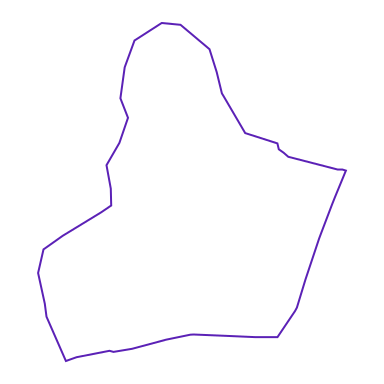 the district of Ngo-ketunjia, Nord-Ouest, Cameroon
{"feature_id": "32672807B14234433619225", "entity_name": "Ngo-ketunjia", "entity_type": "district", "adm_level": 2, "iso_a3": "CMR", "parent_name": "Cameroon", "parent_adm1": "Nord-Ouest", "projection": "natural_earth1", "projection_center": [10.486, 5.994], "detail": "fine", "context": "isolated", "style": "outline", "palette": "violet", "viewbox_px": 384, "rotation_deg": 0, "n_neighbors": 0, "source": "geoboundaries", "source_scale": "gbopen_adm2", "svg_char_len": 685}
<svg xmlns="http://www.w3.org/2000/svg" viewBox="0 0 384 384"><path d="M134.5,40.5L124.7,67.3L120.4,98.3L128.0,117.8L119.4,142.9L106.5,165.2L110.8,188.7L111.2,205.5L101.2,212.3L62.7,235.8L43.5,249.4L38.1,273.0L44.8,303.7L46.5,316.7L65.9,361.0L76.6,357.2L109.5,350.8L113.5,351.9L132.1,348.8L166.0,339.7L190.3,334.7L193.5,334.5L224.9,335.8L254.5,337.1L277.5,337.1L295.0,311.1L296.9,307.6L305.5,279.4L319.1,238.6L320.9,233.8L332.0,204.6L334.9,197.3L345.9,170.6L342.3,169.5L337.5,169.5L288.3,156.8L283.6,152.7L278.8,149.3L277.4,143.4L245.2,133.1L223.6,96.2L221.9,93.4L216.7,72.1L209.5,49.2L180.5,24.8L161.7,23.0L150.5,30.2L134.5,40.5Z" fill="none" stroke="#5b21b6" stroke-width="2"/></svg>